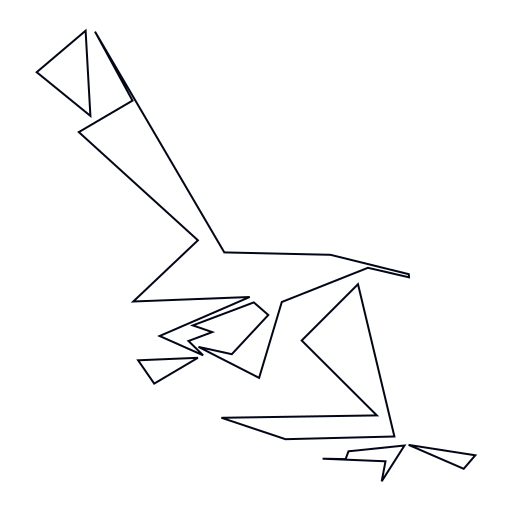 Magallanes y Antártica Chilena, Equal Earth projection
{"feature_id": "CHL-2692", "entity_name": "Magallanes y Antártica Chilena", "entity_type": "Region", "adm_level": 1, "iso_a3": "CHL", "parent_name": "Chile", "parent_adm1": "", "projection": "equal_earth", "projection_center": [-72.604, -52.278], "detail": "coarse", "context": "isolated", "style": "outline", "palette": "ink", "viewbox_px": 512, "rotation_deg": 0, "n_neighbors": 0, "source": "natural_earth", "source_scale": "10m", "svg_char_len": 709}
<svg xmlns="http://www.w3.org/2000/svg" viewBox="0 0 512 512"><path d="M95.0,31.6L224.3,252.4L330.4,254.8L408.8,274.2L409.0,277.3L367.9,267.8L281.8,302.0L259.1,377.9L198.5,346.9L231.8,354.2L268.3,315.0L253.8,302.4L192.8,325.4L212.2,332.1L188.5,341.0L203.1,355.3L159.6,336.0L249.7,297.0L133.3,301.5L197.9,240.3L78.8,132.1L132.5,100.6L95.0,31.6ZM394.4,436.5L285.5,439.2L221.4,417.8L376.8,415.4L301.7,340.5L358.0,284.2L394.4,436.5ZM90.4,115.9L36.7,72.2L85.6,30.7L90.4,115.9ZM404.5,445.5L381.7,481.3L385.5,461.3L322.6,458.7L345.6,459.1L348.5,451.3L404.5,445.5ZM197.9,357.8L154.2,383.6L138.1,360.3L197.9,357.8ZM463.7,468.8L408.6,444.9L475.3,455.3L463.7,468.8Z" fill="none" stroke="#020617" stroke-width="2"/></svg>